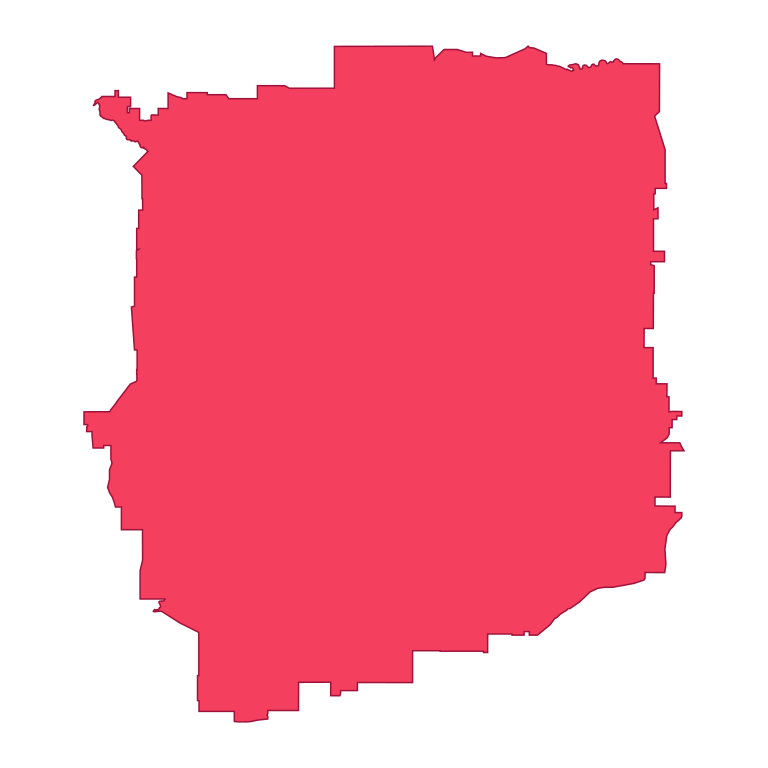 outline of Kojonup, Western Australia, Australia
{"feature_id": "25037944B18898865249121", "entity_name": "Kojonup", "entity_type": "district", "adm_level": 2, "iso_a3": "AUS", "parent_name": "Australia", "parent_adm1": "Western Australia", "projection": "natural_earth1", "projection_center": [116.95, -33.925], "detail": "fine", "context": "isolated", "style": "filled", "palette": "rose", "viewbox_px": 768, "rotation_deg": 0, "n_neighbors": 0, "source": "geoboundaries", "source_scale": "gbopen_adm2", "svg_char_len": 5911}
<svg xmlns="http://www.w3.org/2000/svg" viewBox="0 0 768 768"><path d="M199.0,711.4L234.3,711.4L234.3,721.5L239.2,721.9L248.3,721.8L251.6,721.4L257.8,720.1L267.8,719.0L267.8,716.7L267.0,715.2L267.8,713.6L267.8,710.5L298.5,710.5L298.6,682.3L330.7,682.2L330.7,695.7L339.9,695.7L340.6,692.9L340.6,690.6L357.4,690.6L357.4,682.5L412.6,682.6L412.6,650.7L440.1,650.7L440.1,651.2L483.5,651.2L483.5,652.5L487.6,652.5L487.7,634.0L512.0,634.0L512.0,635.1L524.1,635.1L524.1,631.6L529.3,631.6L529.3,635.1L537.5,635.1L550.3,624.5L554.6,618.6L557.1,617.3L560.5,614.0L566.8,610.1L568.1,608.6L569.9,608.6L579.6,601.9L590.1,591.9L597.8,588.3L604.0,587.3L612.7,587.3L634.0,583.4L644.0,580.0L645.0,578.4L645.1,572.5L664.7,572.6L665.9,564.4L664.9,548.9L666.8,535.6L670.3,529.0L672.3,527.4L676.0,522.6L680.8,518.3L681.5,517.3L681.8,516.0L681.8,512.6L675.0,512.5L675.1,506.2L655.0,506.0L655.0,497.4L656.0,497.2L655.8,497.0L670.3,497.1L670.4,450.8L684.0,450.8L681.7,446.9L679.8,442.8L660.6,442.8L667.2,437.8L669.2,434.0L669.2,427.7L672.1,427.7L672.1,419.6L676.8,419.6L676.8,416.0L681.8,416.0L681.8,411.5L672.3,411.4L669.0,411.8L669.0,396.8L666.9,396.8L667.0,383.8L656.2,383.8L656.2,378.1L653.1,378.1L653.1,347.6L644.0,347.6L644.1,328.5L653.3,328.5L653.4,293.2L654.2,293.2L654.2,265.7L650.7,264.6L650.7,261.7L664.5,261.7L664.5,251.3L653.5,251.3L653.5,218.8L658.0,218.8L658.0,207.8L653.8,209.8L653.8,194.0L653.9,193.8L655.2,193.8L655.2,188.4L666.5,188.4L666.5,183.4L665.1,183.4L665.1,149.6L654.6,116.1L659.4,111.6L659.6,63.8L623.2,63.7L621.6,61.8L620.4,61.5L619.5,60.8L618.6,59.6L616.8,58.9L615.4,59.2L614.9,59.5L613.4,61.2L612.8,62.3L611.6,62.2L611.1,61.7L610.6,61.6L610.1,61.8L608.4,63.3L607.6,63.6L606.6,63.2L606.3,62.2L605.4,61.0L604.4,60.5L601.9,60.1L600.1,60.9L599.2,62.1L598.9,63.2L598.6,65.3L598.3,65.6L597.3,65.8L596.6,66.2L596.0,66.1L593.8,64.2L593.2,64.1L592.6,64.4L592.3,64.8L591.9,64.8L590.6,67.0L590.3,67.3L589.7,67.5L588.0,67.2L586.5,65.5L585.5,65.1L584.5,65.2L584.2,65.0L583.3,65.5L582.7,66.3L582.4,68.6L581.1,69.1L580.3,69.1L580.0,68.7L579.9,68.2L579.6,67.2L579.2,66.8L578.4,65.0L578.1,64.6L576.9,64.1L575.8,63.8L575.4,63.8L573.5,64.4L569.7,65.0L569.2,65.3L568.3,66.1L568.2,66.5L569.8,67.1L570.8,67.9L572.0,67.7L572.4,67.8L573.3,68.8L573.3,69.4L573.5,69.8L573.6,70.4L572.6,70.4L572.2,71.3L571.6,71.4L570.5,70.6L568.1,69.8L567.2,69.2L566.9,69.3L566.5,69.7L566.0,69.2L564.9,69.1L563.7,68.2L562.4,67.8L560.8,66.9L559.2,66.2L557.8,66.1L555.6,65.4L553.3,65.2L552.1,64.8L548.1,64.8L546.4,64.2L546.4,53.4L533.9,48.0L529.7,47.7L528.1,46.1L525.0,48.8L505.4,57.6L496.2,57.9L486.1,56.2L480.6,53.4L480.6,56.0L472.5,56.0L472.5,52.2L466.7,52.4L457.3,49.5L444.0,49.5L435.8,57.6L434.4,59.9L433.7,53.9L432.4,46.2L334.4,46.4L334.4,88.2L289.3,88.2L284.6,85.7L257.4,85.7L257.4,98.7L228.7,98.7L226.0,94.7L207.5,94.7L207.3,94.7L207.3,92.6L195.0,92.6L187.0,92.6L187.0,98.7L182.4,98.7L181.5,97.7L176.9,96.7L168.1,92.9L168.1,108.5L158.2,108.5L158.2,115.1L151.7,114.9L151.1,115.6L151.1,120.3L147.9,120.3L145.2,121.0L143.6,120.3L139.6,120.3L139.6,108.5L129.4,108.5L129.4,112.7L127.4,112.7L127.4,106.6L130.6,106.6L130.6,97.2L118.4,97.2L118.4,90.6L115.0,90.6L115.0,96.5L101.9,96.5L101.6,97.1L100.7,97.6L99.9,98.5L98.8,99.3L96.0,100.2L95.1,101.0L94.9,101.7L95.1,102.2L95.0,103.0L93.5,105.3L93.8,105.5L94.1,105.2L95.1,104.8L95.6,104.0L96.8,103.4L97.1,102.7L98.1,102.5L98.8,103.2L98.9,104.3L99.7,105.4L99.8,106.2L99.6,106.7L99.5,108.0L99.2,108.7L99.3,109.9L99.6,110.8L99.9,111.2L99.8,111.6L100.0,112.0L100.0,113.1L100.0,114.8L100.4,115.1L100.6,115.5L100.4,115.6L100.6,116.0L101.0,116.4L101.4,116.5L102.0,117.0L102.2,117.3L103.7,118.4L104.4,118.4L106.0,119.2L107.7,119.6L108.0,119.5L108.7,119.8L109.6,119.8L110.2,120.1L110.3,120.3L111.0,120.4L111.6,120.4L111.9,120.2L113.2,120.1L113.9,120.8L114.6,121.0L114.7,121.4L115.0,121.7L114.9,121.9L115.1,122.5L116.1,123.2L116.5,123.6L116.5,123.9L117.0,124.4L117.1,124.8L118.1,125.7L118.3,127.1L119.1,128.0L119.7,128.5L120.4,128.7L120.9,129.5L121.3,129.9L121.9,131.4L122.2,131.7L122.2,132.0L122.9,132.4L123.0,133.0L123.6,133.4L123.9,134.1L124.3,134.5L124.2,134.9L124.9,135.5L126.3,136.2L126.2,136.6L126.3,136.7L126.4,137.4L126.6,137.6L126.6,137.9L126.8,138.3L126.5,138.0L126.3,138.1L126.3,138.5L126.6,138.9L126.8,139.3L127.7,139.8L129.9,139.7L130.9,140.6L130.7,140.6L131.1,141.0L131.5,141.1L131.7,140.8L131.5,140.7L132.2,140.8L134.3,141.1L134.6,141.6L135.0,141.8L136.1,141.7L136.7,141.2L137.7,141.2L138.4,142.1L139.3,144.0L140.1,144.9L140.1,145.5L139.9,145.6L140.1,146.1L140.3,146.5L140.6,146.6L141.0,147.5L141.6,147.7L142.6,147.8L143.0,147.5L143.4,147.5L143.9,147.8L143.8,148.1L144.1,148.1L144.1,147.9L144.9,148.9L146.2,149.5L147.2,150.8L148.0,151.3L133.3,166.4L141.7,175.0L141.9,175.1L142.0,198.7L142.6,198.7L142.7,210.1L138.7,210.1L138.7,228.4L136.7,228.4L136.7,249.3L138.7,249.3L136.4,250.7L136.4,258.8L136.7,258.8L136.7,277.1L134.5,277.1L134.5,306.2L131.4,307.0L134.5,349.9L137.1,349.9L137.1,369.4L136.7,369.4L136.7,374.4L136.9,374.4L136.9,380.5L136.4,381.3L130.3,384.1L116.4,402.2L116.4,402.6L110.8,409.8L110.4,410.5L109.9,411.7L84.0,411.8L84.0,424.6L87.5,424.6L87.7,424.8L87.7,426.0L86.7,426.9L86.7,431.6L92.0,431.6L92.0,435.3L93.1,448.0L103.7,448.0L103.7,445.5L110.9,445.5L110.9,459.3L111.7,461.7L111.9,463.4L110.9,466.5L110.0,468.3L109.5,470.0L109.5,479.3L107.6,487.4L109.8,493.2L112.4,497.2L114.8,504.2L115.4,507.0L121.4,507.0L121.4,529.7L142.5,529.7L142.6,560.2L140.1,570.6L140.1,599.0L165.1,599.0L164.7,599.7L163.7,600.8L162.1,601.3L161.8,600.9L161.0,601.0L159.5,601.3L159.1,601.7L159.0,602.2L159.3,603.1L159.3,603.4L160.2,604.6L160.4,605.4L160.4,606.4L160.7,606.8L160.2,607.4L159.4,607.8L159.3,608.6L158.7,609.1L158.3,609.9L158.0,610.0L157.3,609.6L157.0,609.8L156.5,609.7L155.7,610.1L155.4,610.1L155.0,609.6L154.7,609.5L153.3,611.2L154.0,611.8L161.3,611.1L179.6,622.8L198.8,632.4L198.8,675.6L197.5,675.6L197.5,700.6L199.0,700.8L199.0,711.4Z" fill="#f43f5e" stroke="#9f1239" stroke-width="1.5"/></svg>